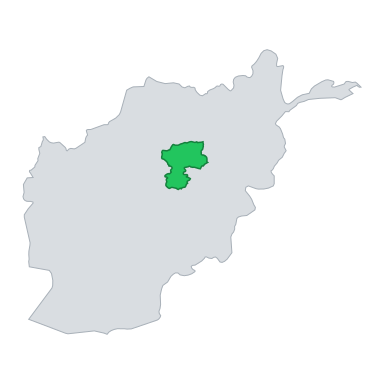 location of Bamyan within Afghanistan
{"feature_id": "AFG-1743", "entity_name": "Bamyan", "entity_type": "Province", "adm_level": 1, "iso_a3": "AFG", "parent_name": "Afghanistan", "parent_adm1": "", "projection": "equal_earth", "projection_center": [67.218, 34.704], "detail": "fine", "context": "in_parent", "style": "filled", "palette": "green", "viewbox_px": 384, "rotation_deg": 0, "n_neighbors": 0, "source": "natural_earth", "source_scale": "10m", "svg_char_len": 7477}
<svg xmlns="http://www.w3.org/2000/svg" viewBox="0 0 384 384"><path d="M165.2,83.6L173.5,82.8L179.1,84.0L182.1,87.0L184.9,87.8L187.8,86.3L189.5,86.0L190.2,87.0L191.6,87.4L193.8,87.3L195.0,88.1L195.3,89.9L196.9,92.3L199.8,95.1L202.4,95.8L205.7,93.6L206.9,93.8L207.4,93.1L207.7,91.5L209.8,90.0L213.5,88.6L215.6,87.3L216.3,86.3L217.6,86.0L218.9,86.3L219.9,85.9L220.6,84.5L221.9,84.0L223.1,84.3L228.2,89.4L230.2,90.9L231.1,90.6L233.6,87.9L234.0,85.3L233.2,82.0L233.7,79.3L235.3,77.3L238.4,76.0L243.0,75.5L245.7,75.8L246.8,76.9L248.2,77.4L249.9,77.6L251.5,76.4L252.9,73.9L253.0,70.8L251.6,67.1L252.0,65.9L254.2,64.1L256.6,61.3L258.9,57.7L261.1,53.4L263.8,50.7L267.1,49.7L271.1,50.9L275.9,54.2L277.7,58.4L276.6,63.4L276.6,66.1L277.6,66.6L282.9,65.6L283.6,66.3L283.6,67.7L282.9,69.8L282.0,75.7L280.6,90.3L283.1,99.0L284.7,102.5L286.3,103.6L287.9,104.0L289.5,103.7L292.7,101.4L297.5,97.3L302.3,94.8L309.2,93.3L311.4,88.9L314.5,86.0L321.8,81.7L325.7,80.0L328.0,79.8L333.6,81.4L333.9,82.7L333.6,84.1L332.0,85.3L331.6,86.2L332.2,86.9L334.4,87.1L344.0,84.1L346.1,81.5L348.2,81.4L352.3,82.5L355.4,82.1L357.1,83.3L361.0,87.1L359.8,87.3L358.1,86.6L357.1,85.3L353.2,87.0L349.0,89.4L349.1,90.0L353.0,93.6L345.1,97.4L341.5,99.6L340.7,99.7L335.2,97.7L320.0,98.3L308.5,99.5L304.1,101.4L299.9,102.4L297.7,103.4L296.4,105.5L290.1,110.1L288.9,111.7L285.4,111.6L281.8,116.0L276.5,121.3L275.4,123.8L276.3,125.1L279.2,127.0L280.5,128.8L282.6,134.0L283.5,137.6L284.8,139.2L285.5,143.5L284.3,146.0L284.3,147.2L286.1,150.5L285.7,151.5L284.4,153.0L282.3,157.2L278.6,160.3L277.0,163.1L274.4,166.1L273.3,168.7L272.2,170.1L271.0,170.9L271.3,172.3L272.4,174.0L274.2,175.9L274.2,183.7L273.3,185.9L268.5,188.1L263.9,189.0L258.3,189.1L256.1,188.7L248.3,185.9L245.8,187.3L245.3,190.7L249.8,196.3L251.7,199.4L253.8,204.7L255.4,207.4L254.9,209.9L246.8,215.5L241.7,216.0L238.4,217.0L236.9,218.4L235.8,224.3L234.6,226.5L234.7,229.1L233.6,232.0L232.0,233.9L230.8,237.0L231.9,252.7L227.2,259.1L224.6,261.3L222.1,262.4L220.0,262.0L217.4,258.4L215.6,257.0L213.7,257.3L211.9,258.5L208.9,258.1L206.4,256.9L205.1,257.0L204.4,258.3L201.7,261.0L195.1,265.1L192.4,265.4L191.2,266.4L191.7,268.1L192.9,269.5L194.9,270.5L195.0,271.6L191.7,273.8L188.2,275.1L184.2,275.7L180.1,274.9L178.0,273.0L175.5,272.9L173.3,274.2L170.9,276.4L167.6,282.0L162.9,285.4L161.6,288.9L160.2,295.2L160.6,304.4L160.0,308.5L159.0,311.2L159.2,313.3L160.7,315.7L160.1,317.3L158.8,319.0L157.4,320.0L131.3,328.9L127.0,329.1L124.8,328.8L117.4,328.7L114.3,329.4L111.2,330.6L108.9,332.1L107.1,334.3L104.0,333.1L94.3,330.9L67.9,333.8L65.4,333.2L28.7,319.3L52.0,288.0L52.7,285.4L52.8,280.3L51.5,273.5L49.3,270.4L29.3,266.8L28.7,261.5L29.1,259.2L28.8,254.6L28.9,251.1L29.9,245.4L30.1,242.8L24.3,217.2L24.3,214.7L28.2,208.8L33.1,203.1L32.9,202.0L30.5,201.4L26.9,201.3L25.0,200.5L23.6,198.9L23.0,196.6L24.1,192.5L23.4,184.5L27.2,177.9L33.1,177.5L30.2,172.6L29.6,172.1L29.4,171.3L29.7,170.4L31.2,170.1L34.8,167.0L35.0,165.3L38.0,160.7L37.8,158.6L39.8,153.3L38.9,149.7L38.8,147.7L40.9,146.5L42.4,141.4L43.2,140.2L43.3,139.0L42.9,136.9L44.8,136.6L46.6,139.2L49.3,141.9L51.1,142.7L53.5,143.1L58.6,142.2L59.7,142.4L65.0,147.2L65.9,148.4L66.3,150.3L67.1,150.9L69.0,149.0L70.8,148.4L74.3,148.9L76.1,148.2L84.9,142.3L85.6,138.5L86.4,136.4L87.6,135.1L86.3,130.7L86.8,129.9L88.0,129.5L90.8,129.5L104.0,124.7L107.5,124.7L108.2,124.3L108.5,123.0L109.5,121.6L115.7,118.1L119.3,114.6L120.6,111.9L126.7,90.2L129.9,88.3L133.1,86.9L143.9,86.5L146.0,79.9L147.0,78.3L148.9,76.8L156.8,81.5L165.2,83.6Z" fill="#d9dde1" stroke="#a8b0b8" stroke-width="1"/><path d="M187.6,183.2L186.7,184.0L186.3,184.4L186.2,184.9L186.1,185.1L185.6,186.4L185.3,186.8L185.1,187.0L184.9,187.2L182.9,187.5L182.1,187.8L181.9,188.0L181.6,188.5L181.4,188.8L181.2,188.9L180.8,188.4L180.7,188.3L180.3,188.3L179.9,188.4L179.7,188.5L178.4,189.4L178.2,189.5L178.0,189.4L177.1,189.0L177.0,188.9L176.9,188.8L176.9,188.7L176.7,188.4L172.3,187.4L171.9,187.4L171.2,187.5L170.9,187.7L170.6,187.8L170.4,188.0L170.1,188.1L169.5,188.4L169.0,188.3L167.7,187.5L166.3,186.1L166.1,185.7L165.9,185.3L165.9,184.8L166.0,183.9L166.1,183.4L166.7,182.0L166.8,181.7L166.4,180.5L166.3,179.3L166.4,179.1L166.5,179.0L166.6,178.8L166.9,178.5L167.0,178.4L167.3,178.3L167.5,178.2L167.5,177.9L167.5,177.7L167.3,177.5L167.1,177.4L166.8,177.2L166.1,176.9L165.3,176.9L165.1,176.5L164.9,176.2L164.9,175.9L165.3,175.3L166.8,174.2L167.0,174.1L168.3,173.6L168.5,173.7L169.2,173.9L169.4,173.8L169.8,173.6L171.2,172.2L171.2,171.9L170.8,171.5L170.7,171.3L170.6,171.0L170.6,170.8L170.7,170.4L170.7,170.1L170.8,169.9L171.5,169.2L171.9,168.7L172.0,168.4L172.1,168.2L172.1,167.8L172.0,167.5L171.9,167.3L171.7,167.0L171.4,166.7L170.5,166.1L170.4,166.1L170.0,166.2L169.9,166.2L169.7,166.2L169.3,165.9L169.2,165.9L169.0,166.0L168.9,166.0L168.8,165.7L169.1,165.3L169.0,165.1L168.9,165.0L168.5,164.8L168.2,164.6L168.0,164.4L167.8,163.9L167.7,163.6L167.5,162.7L167.4,162.5L166.7,161.8L166.3,161.3L166.2,161.2L164.2,159.5L163.5,159.1L162.5,158.9L162.2,158.8L162.1,158.6L161.9,158.3L161.8,158.2L161.7,158.0L161.7,157.8L161.7,157.5L161.7,156.7L161.8,156.5L161.8,156.3L161.9,156.1L162.0,155.7L162.1,155.0L162.3,153.7L162.2,153.3L162.1,153.2L161.9,153.0L161.9,152.9L161.8,152.7L161.9,151.8L162.0,151.6L162.1,151.2L162.3,150.9L162.5,150.6L162.8,150.4L163.2,150.4L166.5,150.8L167.0,150.8L167.8,150.5L169.0,149.9L169.7,149.9L169.8,149.7L170.0,149.5L171.5,146.5L172.7,144.9L172.9,144.7L173.6,144.5L174.9,145.1L175.5,145.2L177.9,145.2L178.5,145.1L180.6,144.0L182.5,143.5L184.6,142.6L184.9,142.6L185.1,142.6L185.3,142.6L185.5,142.7L186.0,142.7L186.9,143.0L189.5,141.9L190.9,141.6L191.5,141.6L194.6,142.4L194.9,142.4L195.2,142.4L196.5,141.9L196.9,141.9L197.0,142.1L197.2,142.4L197.3,142.5L197.5,142.6L200.0,142.3L201.0,142.3L203.0,141.8L203.0,142.6L203.1,143.2L203.4,144.2L203.4,144.5L203.2,145.2L203.2,145.5L203.2,145.8L203.3,146.4L203.3,146.6L203.2,146.8L203.1,147.2L203.0,147.5L202.8,148.4L202.8,148.7L202.6,149.0L202.6,149.3L202.4,149.7L201.8,150.0L201.7,150.2L201.5,150.4L201.4,150.6L201.3,150.8L201.2,151.0L201.1,151.7L201.1,151.9L201.1,152.1L201.2,152.4L201.3,152.6L201.3,152.8L201.2,153.0L201.3,154.2L201.4,154.4L201.5,154.6L202.3,154.9L202.4,155.0L202.5,155.0L202.8,155.2L203.0,155.2L203.5,155.0L203.9,155.1L204.0,155.2L204.8,155.9L205.0,156.0L205.3,155.9L206.6,157.3L206.9,158.3L206.9,159.1L207.0,159.8L206.9,160.7L206.8,161.6L206.9,161.8L207.4,162.2L207.7,162.4L205.0,164.0L204.3,164.5L204.0,165.1L203.5,165.7L203.2,166.0L202.8,165.9L202.6,165.8L202.4,165.8L202.1,165.9L201.9,166.0L201.6,166.5L201.2,167.0L200.9,167.6L200.4,168.8L199.0,168.6L194.6,167.3L194.1,167.2L193.2,167.3L192.5,167.3L192.1,167.2L191.7,167.1L190.9,167.0L190.6,166.8L190.5,166.7L190.3,166.5L189.9,166.3L189.6,166.2L189.4,166.2L189.1,166.2L188.4,166.7L186.2,167.2L184.9,167.4L184.7,167.5L184.4,167.7L184.3,168.1L184.5,168.9L184.8,169.3L185.5,170.0L185.7,170.4L185.6,171.0L185.5,171.3L185.1,171.6L184.8,171.7L184.2,171.8L183.9,172.0L183.7,172.3L183.6,172.5L183.4,172.8L183.3,173.3L183.3,173.7L183.4,174.0L183.5,174.2L183.6,174.3L183.8,174.4L184.0,174.5L185.6,174.6L186.7,174.6L186.9,174.6L187.1,174.7L187.3,174.9L187.5,175.1L187.5,175.3L187.5,175.5L187.5,175.9L187.5,176.0L187.4,176.1L187.2,176.2L187.0,176.3L186.5,176.6L186.4,176.7L186.4,176.9L186.5,177.0L187.4,177.1L187.7,177.2L190.0,178.4L190.3,178.6L190.4,178.8L190.1,179.1L189.8,179.6L189.7,179.7L189.6,180.0L187.6,181.0L187.4,181.2L187.2,181.5L187.1,182.1L187.1,182.5L187.6,183.2Z" fill="#22c55e" stroke="#15803d" stroke-width="1.5"/></svg>